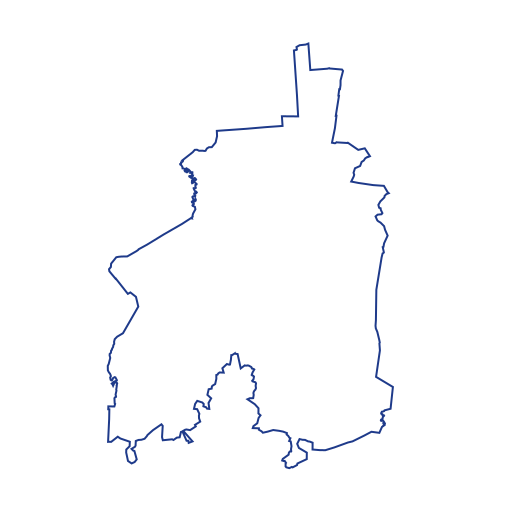 Bikstu pag., Dobele, Latvia, rotated 94°
{"feature_id": "27541924B53901275310050", "entity_name": "Bikstu pag.", "entity_type": "district", "adm_level": 2, "iso_a3": "LVA", "parent_name": "Latvia", "parent_adm1": "Dobele", "projection": "albers", "projection_center": [22.941, 56.67], "detail": "fine", "context": "isolated", "style": "outline", "palette": "blue", "viewbox_px": 512, "rotation_deg": 94, "n_neighbors": 0, "source": "geoboundaries", "source_scale": "gbopen_adm2", "svg_char_len": 6133}
<svg xmlns="http://www.w3.org/2000/svg" viewBox="0 0 512 512"><g transform="rotate(94 256 256)"><path d="M110.6,186.2L90.4,184.4L90.3,185.0L83.8,184.6L83.8,183.9L79.7,183.6L74.9,183.9L65.3,182.1L64.0,183.2L63.8,196.1L63.6,196.2L64.2,198.0L66.7,214.8L40.4,218.6L41.6,221.1L42.7,227.2L44.7,230.2L47.2,229.6L47.5,229.8L48.3,232.5L92.3,226.4L113.8,223.7L114.8,239.9L124.4,238.6L126.7,254.8L129.8,274.7L133.9,303.8L139.2,303.2L145.6,304.2L150.5,307.7L150.8,310.6L152.2,312.5L154.6,313.7L154.8,314.6L154.7,317.0L155.0,320.1L154.1,322.3L154.4,324.5L156.9,326.4L165.6,336.0L165.8,335.4L166.4,335.5L167.2,336.0L167.8,337.3L169.0,337.1L169.6,337.5L169.6,338.0L170.0,338.0L170.6,336.9L172.1,335.7L173.7,335.4L173.7,334.5L174.2,333.1L175.1,332.6L175.8,333.2L176.6,332.7L176.7,331.9L175.6,331.5L176.9,331.5L177.3,331.2L177.2,330.2L175.9,329.3L174.5,330.8L174.3,331.8L173.6,331.8L173.4,331.4L173.8,331.1L174.5,329.2L176.0,327.6L176.7,327.3L177.6,327.5L177.7,326.4L176.9,326.0L176.8,325.7L176.9,325.3L179.1,325.2L179.7,325.7L180.2,324.9L180.2,324.5L180.6,324.6L181.0,326.3L181.0,327.1L180.8,327.7L181.1,328.2L181.4,328.1L182.6,326.1L182.7,324.9L183.8,324.1L183.5,323.6L182.6,323.1L182.5,322.6L182.7,322.1L183.8,321.1L184.5,321.5L185.1,322.8L185.1,323.5L184.7,324.4L185.0,325.1L187.3,325.1L187.9,324.8L187.7,324.3L186.9,323.5L186.5,322.4L188.4,320.2L188.9,320.4L189.3,321.4L190.7,321.4L192.2,320.8L192.7,321.6L192.7,322.9L193.0,322.9L195.5,321.5L195.7,321.2L195.9,320.2L196.7,319.5L197.5,320.0L197.5,321.4L197.9,322.0L198.5,322.0L199.7,320.8L201.1,320.9L200.7,322.2L200.8,322.9L201.6,323.6L203.9,322.5L204.0,321.7L203.4,320.3L204.2,319.9L205.1,320.1L205.9,321.1L206.0,321.5L205.7,322.3L205.7,323.2L206.4,323.8L207.0,323.6L207.7,322.0L208.0,321.7L208.8,321.7L209.6,322.8L210.1,322.9L210.5,322.5L211.2,320.4L213.6,319.7L218.0,321.7L219.9,322.1L221.2,321.9L222.1,322.9L223.0,322.5L222.9,323.7L229.2,332.1L240.9,349.5L252.3,365.5L257.5,373.6L258.1,373.9L259.5,375.6L265.4,384.4L265.9,390.1L266.4,393.1L267.0,395.3L273.7,400.0L277.1,400.0L279.4,401.7L281.5,401.2L288.5,394.5L288.3,394.3L302.7,381.2L301.1,378.8L305.1,372.9L314.7,369.9L342.3,383.3L346.2,388.9L348.8,391.1L351.5,391.6L353.5,391.3L355.0,392.1L356.7,392.2L358.5,393.1L359.6,393.2L360.4,393.9L362.7,394.0L363.9,395.1L365.3,395.1L367.9,394.3L374.0,395.4L375.9,396.2L380.4,395.8L382.4,394.6L383.5,393.5L385.2,392.6L386.1,392.4L387.4,393.0L389.6,392.4L390.2,391.6L389.9,390.9L388.9,390.4L388.0,390.3L386.7,388.6L386.9,387.8L389.6,386.1L389.9,386.2L391.7,389.5L393.4,391.0L393.9,390.3L395.4,389.5L392.9,388.6L392.2,388.0L391.9,387.1L392.1,386.1L392.7,385.6L395.0,386.0L395.2,385.8L399.1,386.1L400.0,385.8L404.0,386.4L406.0,385.8L406.4,385.9L407.0,387.0L407.8,387.3L412.8,386.7L413.3,386.2L416.0,386.8L416.3,392.8L419.2,392.7L419.2,391.6L429.0,391.1L451.7,390.6L451.6,389.9L451.5,387.5L445.9,381.3L447.5,378.6L450.1,368.9L454.6,368.8L458.1,371.9L461.1,371.8L469.4,369.4L471.6,365.6L470.0,362.7L467.2,360.8L459.0,363.7L458.7,364.9L457.1,366.7L454.7,363.4L453.5,362.9L448.9,363.0L447.7,360.4L447.3,357.5L446.1,354.4L443.3,352.3L442.2,351.8L436.9,346.6L430.5,338.6L432.0,337.2L443.2,337.1L446.3,336.1L444.7,326.9L445.3,325.5L442.7,322.3L442.2,319.5L436.8,318.6L436.2,317.1L445.1,312.4L445.0,310.6L447.1,310.1L445.4,306.4L435.5,316.4L434.3,314.6L433.9,313.3L434.3,309.6L430.2,304.2L428.7,305.1L425.1,300.1L421.9,301.5L419.1,301.8L417.4,301.5L412.9,304.0L412.8,307.2L407.8,306.4L404.6,304.5L405.9,299.3L407.3,297.8L409.6,298.0L410.4,295.2L411.7,294.2L411.8,291.9L405.9,293.1L401.1,290.8L397.9,294.8L392.2,293.9L391.4,291.0L389.2,290.9L388.4,290.3L386.6,287.8L381.3,287.0L377.5,287.3L377.0,286.1L375.8,285.5L374.7,284.2L374.6,280.1L370.3,281.7L365.8,277.5L366.3,275.1L366.1,274.4L361.4,273.8L356.6,273.7L356.6,273.0L354.7,270.5L354.9,270.5L355.1,267.5L369.2,263.4L365.9,259.6L366.1,259.0L366.0,257.5L365.7,256.6L365.9,255.5L367.0,253.1L367.5,252.6L368.5,252.3L368.9,250.4L369.3,249.8L372.4,251.3L375.0,252.0L375.5,251.3L375.7,250.3L376.5,249.6L379.1,249.9L380.8,251.1L381.3,250.7L382.0,247.8L383.0,247.1L385.6,247.3L387.8,246.8L389.4,247.3L390.4,248.2L392.0,248.9L393.0,249.0L394.7,248.6L398.0,248.9L398.1,249.3L398.3,252.2L399.5,254.5L403.9,246.9L407.7,242.9L412.9,242.6L414.6,240.4L417.3,242.1L422.8,243.1L425.9,246.7L427.9,247.2L427.7,241.1L429.1,241.0L430.5,238.2L431.8,236.8L430.4,232.1L428.4,226.7L428.8,220.6L429.3,216.7L430.5,212.8L431.9,213.0L433.2,211.3L435.1,209.9L435.4,209.0L438.2,210.0L438.5,208.5L438.7,208.4L443.3,207.3L446.3,207.6L448.4,207.2L448.6,207.3L448.6,208.5L448.8,208.8L450.1,209.5L451.9,209.6L456.5,215.1L458.2,215.6L458.6,213.9L458.4,213.1L460.3,211.6L460.9,212.0L463.9,211.8L464.7,211.0L465.3,208.0L463.9,205.5L464.3,204.7L461.7,200.5L460.1,200.2L455.1,191.2L448.6,191.6L444.5,199.8L440.5,201.8L435.6,199.8L436.1,196.7L436.0,194.3L437.3,191.1L437.4,189.4L438.3,186.5L445.1,186.1L445.2,179.1L444.9,173.3L441.5,164.5L435.6,151.2L434.2,146.8L427.6,135.5L423.3,128.6L423.8,120.6L417.7,118.4L416.5,116.9L416.0,117.1L415.6,116.8L415.6,115.9L414.0,115.7L413.6,117.3L412.6,116.7L411.7,117.4L411.1,118.1L411.7,119.0L411.7,119.7L411.2,120.0L410.5,119.8L409.6,118.4L407.9,118.3L406.4,117.1L406.1,117.3L406.4,118.0L406.3,118.4L405.9,118.8L405.2,118.7L404.6,119.5L404.7,119.9L404.1,120.2L402.6,119.6L402.6,119.3L401.8,117.4L401.0,117.0L399.0,111.1L377.1,110.3L368.2,127.8L341.5,125.8L334.6,126.8L333.7,126.5L331.1,127.2L323.2,129.7L319.9,131.4L317.3,131.9L311.8,131.9L281.3,133.6L248.7,130.6L244.6,129.9L244.0,129.0L243.5,128.7L238.3,130.2L238.0,129.5L234.4,129.1L226.5,126.1L220.8,129.1L217.3,130.3L214.0,134.1L212.8,136.5L212.0,137.5L208.2,139.5L206.3,137.6L205.6,133.7L204.4,132.9L201.1,134.8L199.7,135.0L199.3,136.5L196.5,137.5L192.9,135.8L188.6,132.0L187.1,131.9L185.2,130.3L184.1,128.0L183.1,129.2L177.1,133.3L177.1,144.0L176.0,158.7L175.1,166.2L169.9,164.1L168.1,163.7L166.2,164.5L161.6,163.4L158.9,158.4L154.8,157.2L153.2,155.1L151.0,153.9L149.4,151.8L149.6,151.5L148.5,149.3L141.0,155.0L143.0,161.4L136.7,172.1L136.9,172.2L137.0,183.2L136.9,183.6L137.9,184.7L138.0,185.6L137.7,188.1L123.1,186.2L110.5,185.5L110.6,186.2Z" fill="none" stroke="#1e3a8a" stroke-width="2"/></g></svg>